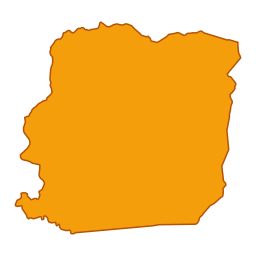 outline of Marale, Francisco Morazán, Honduras
{"feature_id": "27666195B80016530117423", "entity_name": "Marale", "entity_type": "district", "adm_level": 2, "iso_a3": "HND", "parent_name": "Honduras", "parent_adm1": "Francisco Morazán", "projection": "natural_earth1", "projection_center": [-87.147, 14.938], "detail": "fine", "context": "isolated", "style": "filled", "palette": "amber", "viewbox_px": 256, "rotation_deg": 0, "n_neighbors": 0, "source": "geoboundaries", "source_scale": "gbopen_adm2", "svg_char_len": 5557}
<svg xmlns="http://www.w3.org/2000/svg" viewBox="0 0 256 256"><path d="M28.8,218.8L29.4,218.2L30.9,217.9L31.6,218.0L32.4,218.4L33.1,218.7L34.0,218.7L37.5,217.6L39.2,216.9L40.5,216.7L41.0,216.8L41.2,217.0L41.7,219.2L41.9,219.6L42.1,219.7L43.1,219.5L43.8,219.1L43.9,218.8L43.9,218.4L43.7,217.1L43.8,216.5L44.0,216.2L44.4,216.1L44.9,216.0L45.3,216.0L45.8,216.3L46.5,216.8L47.0,217.3L47.4,217.8L47.8,218.7L47.9,219.8L48.1,220.3L48.5,221.3L48.8,221.9L50.6,222.6L51.6,222.9L52.6,222.6L53.8,222.7L55.6,222.4L55.7,222.7L56.1,224.9L56.4,225.4L56.6,225.7L56.9,225.8L57.3,225.6L58.2,224.6L58.7,224.3L59.0,224.3L59.2,224.5L59.5,225.1L59.5,226.3L59.7,227.3L60.3,228.2L61.2,229.1L61.6,229.3L62.4,229.6L64.4,230.1L65.7,230.5L68.0,230.5L69.2,230.2L69.9,230.4L70.3,230.7L70.5,231.2L70.7,231.9L70.7,232.7L70.9,233.2L71.3,233.6L72.0,233.8L74.0,233.6L76.2,232.4L76.4,232.4L76.7,232.6L152.5,225.8L159.1,224.7L195.6,224.2L196.2,223.9L197.0,223.4L197.9,222.3L198.5,221.3L198.9,220.2L199.5,218.0L200.1,217.1L200.5,216.6L201.2,216.1L202.0,215.4L204.0,212.7L207.0,209.2L208.9,207.2L209.6,206.0L213.6,203.8L216.8,201.2L219.1,199.0L221.1,197.3L222.7,196.2L223.2,193.2L223.3,191.3L223.0,189.0L223.5,188.0L224.4,186.8L225.1,186.0L225.6,185.7L225.8,184.7L225.7,183.7L225.3,182.9L223.5,180.9L221.8,166.1L228.7,149.6L226.9,130.4L229.5,116.7L229.4,115.1L229.5,114.0L230.7,108.4L230.8,106.3L231.1,105.3L231.9,103.5L232.2,102.6L232.2,102.0L232.2,101.2L231.8,100.3L230.3,97.5L230.1,96.3L230.1,95.1L230.2,94.6L230.3,94.3L232.4,92.3L234.5,89.4L234.8,88.8L234.9,88.2L234.9,87.7L234.8,87.1L234.9,86.6L235.5,85.2L235.7,84.5L235.8,83.9L235.7,83.3L235.1,82.4L233.6,80.5L232.8,79.5L231.7,78.1L230.9,77.1L230.5,76.9L230.0,76.7L229.5,76.6L229.0,76.7L228.4,76.2L227.9,75.6L227.4,74.3L227.3,73.7L228.1,73.1L229.5,71.2L240.6,58.0L240.0,55.7L238.8,53.5L238.4,51.2L238.2,48.8L238.1,47.3L237.8,44.5L237.8,43.1L238.0,42.4L229.6,39.9L226.8,39.9L204.3,33.0L203.4,32.6L202.2,31.5L201.5,31.2L200.7,31.1L200.1,31.2L197.3,32.5L195.9,32.9L195.4,32.9L192.8,32.8L190.6,33.2L187.5,33.4L187.1,33.6L186.6,33.9L185.4,35.1L184.9,35.3L184.4,35.4L183.9,35.4L182.7,34.6L181.6,34.3L180.7,33.8L179.9,33.3L179.0,33.0L178.4,32.7L178.0,32.6L176.6,32.8L174.3,33.5L173.3,33.6L171.5,34.0L169.2,34.3L168.5,34.6L167.2,36.1L165.1,37.6L162.7,39.1L158.6,41.8L157.3,42.3L156.8,42.3L156.1,42.3L154.0,41.7L153.5,41.5L151.8,41.2L151.3,41.0L150.9,40.5L150.4,38.8L150.2,38.4L148.7,36.9L148.4,36.5L148.2,36.3L147.9,36.3L146.5,36.7L145.6,36.6L144.9,36.4L141.5,35.3L140.3,34.1L139.5,33.1L134.8,29.1L131.7,25.8L131.3,25.6L129.9,25.1L128.4,24.4L126.8,24.0L125.6,23.9L124.8,24.1L123.7,24.7L122.1,25.1L119.8,24.7L117.4,24.0L116.5,24.0L113.6,24.7L111.4,25.9L110.2,26.5L108.0,26.9L107.1,26.5L106.0,25.9L102.6,23.3L101.8,22.8L101.4,22.4L100.9,22.2L100.5,22.3L100.3,22.4L100.1,22.7L99.8,23.2L99.0,26.5L98.8,27.1L98.6,27.5L98.2,27.9L97.8,28.2L96.2,28.8L95.3,28.9L94.1,29.1L90.7,29.6L90.1,29.7L89.7,30.1L89.2,30.3L88.3,30.4L88.0,30.3L86.5,29.5L85.7,29.7L85.1,29.6L84.7,29.3L84.2,28.5L83.4,27.9L82.9,27.7L82.3,27.7L79.8,28.4L78.4,28.4L78.2,28.5L77.0,29.4L74.6,32.0L73.8,32.6L73.3,32.8L72.8,32.9L71.4,32.3L69.6,30.6L69.3,30.4L69.0,30.4L68.5,30.5L67.1,31.1L65.2,32.5L63.5,32.9L63.2,33.6L62.8,35.4L62.4,36.5L62.1,37.1L60.8,38.7L60.4,39.0L60.0,39.2L58.4,39.1L57.5,39.3L56.6,39.7L55.8,40.3L55.3,40.8L55.0,41.1L54.0,43.2L53.3,43.9L52.7,44.9L51.5,46.1L51.3,46.6L51.2,47.2L50.9,47.4L50.6,47.5L50.8,48.9L50.8,49.3L50.7,49.7L50.3,50.6L50.0,51.5L50.0,52.3L50.1,53.1L50.4,54.2L50.7,54.9L52.4,57.1L52.5,57.5L52.8,58.3L52.5,58.9L52.7,59.8L52.7,60.8L52.6,62.2L52.3,64.5L52.2,65.0L51.8,65.8L51.3,66.8L50.7,69.1L50.1,76.4L50.0,80.0L50.7,81.9L50.9,82.8L50.7,83.7L50.2,85.1L50.2,85.7L51.1,87.6L51.4,88.6L52.0,92.0L52.0,92.5L51.9,92.8L50.1,95.1L48.3,96.6L48.2,96.7L48.2,97.0L47.1,97.7L46.8,99.3L46.6,99.7L46.3,100.0L45.9,100.3L45.2,100.5L43.7,100.9L42.9,101.1L42.2,101.6L41.4,102.2L38.9,103.5L36.8,105.5L35.5,107.0L35.2,107.3L34.3,107.6L33.7,108.0L31.9,110.1L31.2,112.1L30.7,112.6L29.8,113.8L28.6,116.4L28.2,116.5L27.5,116.4L26.9,116.5L26.4,116.9L25.0,117.3L24.8,117.4L24.8,117.6L24.8,118.4L25.2,120.6L25.3,122.7L25.2,123.1L24.8,123.9L23.6,127.5L23.5,128.7L23.6,130.7L24.1,132.3L24.8,133.6L27.6,137.3L28.7,138.5L29.1,139.4L29.5,140.3L29.8,141.2L29.9,142.2L29.9,143.2L29.8,144.2L29.6,144.7L28.2,147.1L27.4,148.2L26.9,148.8L25.6,150.0L23.2,152.3L21.3,153.9L20.7,154.6L20.5,155.0L20.4,155.5L20.5,156.6L20.7,157.5L21.0,158.1L21.4,158.7L22.2,159.3L22.8,159.6L24.2,160.1L27.9,160.8L30.3,161.9L31.9,162.9L33.0,163.3L37.4,164.3L38.7,164.6L39.2,164.7L39.6,164.9L39.8,165.6L39.9,166.7L39.7,167.9L39.7,169.5L39.3,172.2L39.1,173.8L39.1,175.0L39.1,175.8L39.6,176.8L40.4,178.1L41.1,178.8L42.2,179.6L43.5,181.1L44.1,182.1L44.3,182.6L44.4,183.0L44.3,183.9L43.9,185.2L42.4,188.9L41.8,189.6L41.1,190.2L40.1,190.8L39.3,191.1L39.1,191.4L39.0,191.9L39.1,192.6L39.9,194.9L39.6,195.5L39.4,196.5L38.9,198.1L38.6,198.8L38.0,199.2L37.7,199.4L37.4,199.4L36.9,199.0L36.5,198.5L36.0,198.4L33.9,198.7L31.5,199.7L31.2,199.7L30.5,199.1L28.8,197.4L27.8,196.5L27.5,195.9L27.5,194.9L27.3,194.1L27.1,193.7L26.9,193.5L26.3,193.2L25.3,192.9L24.2,192.8L23.1,192.8L22.0,193.0L21.1,193.4L21.4,196.7L21.2,197.4L20.8,198.1L20.4,198.6L19.9,199.0L19.0,199.4L17.7,200.0L17.1,200.3L16.9,200.7L16.2,202.6L15.7,203.6L15.4,204.3L15.4,204.6L15.4,205.1L15.7,205.8L15.9,206.0L16.3,206.1L17.6,206.4L18.3,206.3L21.1,205.7L21.5,205.8L21.8,205.9L21.9,206.2L22.0,206.5L22.2,208.4L22.4,209.2L23.7,210.9L24.7,212.5L25.8,214.0L26.5,215.2L26.7,215.7L26.9,216.5L27.2,217.6L28.8,218.8Z" fill="#f59e0b" stroke="#b45309" stroke-width="1.5"/></svg>